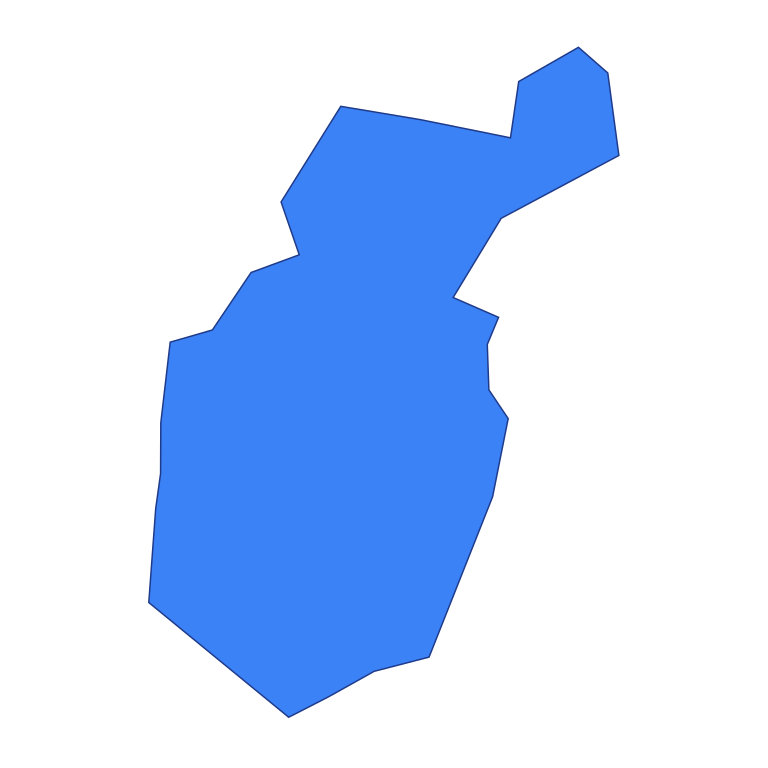 Devoll, Korçë, Albania (Mercator projection), rotated 178°
{"feature_id": "67620474B41402008781007", "entity_name": "Devoll", "entity_type": "district", "adm_level": 2, "iso_a3": "ALB", "parent_name": "Albania", "parent_adm1": "Korçë", "projection": "mercator", "projection_center": [20.941, 40.579], "detail": "fine", "context": "isolated", "style": "filled", "palette": "blue", "viewbox_px": 768, "rotation_deg": 178, "n_neighbors": 0, "source": "geoboundaries", "source_scale": "gbopen_adm2", "svg_char_len": 504}
<svg xmlns="http://www.w3.org/2000/svg" viewBox="0 0 768 768"><g transform="rotate(178 384 384)"><path d="M141.3,604.2L149.5,687.0L177.9,713.7L238.8,681.6L249.0,625.6L338.3,646.9L417.5,663.0L480.5,569.5L464.2,516.1L512.9,500.1L553.6,444.0L596.2,433.3L608.4,353.1L610.4,302.3L616.5,267.5L626.7,173.8L490.9,54.3L450.6,73.2L403.9,97.2L348.5,109.5L279.4,267.5L261.1,345.1L279.4,374.5L279.4,419.9L267.2,446.6L311.9,468.0L261.1,545.5L141.3,604.2Z" fill="#3b82f6" stroke="#1e3a8a" stroke-width="1.5"/></g></svg>